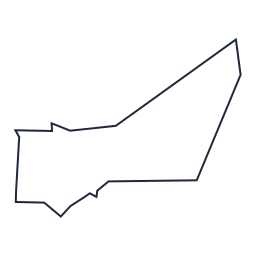 SVG path tracing the border of Adrar
{"feature_id": "MRT-2795", "entity_name": "Adrar", "entity_type": "Region", "adm_level": 1, "iso_a3": "MRT", "parent_name": "Mauritania", "parent_adm1": "", "projection": "albers", "projection_center": [-10.597, 21.416], "detail": "fine", "context": "isolated", "style": "outline", "palette": "slate", "viewbox_px": 256, "rotation_deg": 0, "n_neighbors": 0, "source": "natural_earth", "source_scale": "10m", "svg_char_len": 638}
<svg xmlns="http://www.w3.org/2000/svg" viewBox="0 0 256 256"><path d="M15.4,130.3L23.4,130.4L31.3,130.6L38.1,130.7L43.3,130.8L46.6,130.9L47.8,130.9L52.0,131.0L51.8,126.0L51.6,123.3L52.4,123.6L70.2,130.7L115.8,125.8L235.9,39.5L236.2,41.6L236.7,45.8L237.3,49.9L237.6,51.8L238.0,55.5L238.5,59.2L239.0,62.9L239.5,66.6L240.0,70.3L240.5,74.0L240.6,74.8L240.4,75.3L197.1,179.4L196.7,180.3L109.2,181.4L108.5,181.4L97.8,190.2L97.3,190.6L96.6,195.8L96.4,196.9L89.8,193.3L83.6,197.6L70.4,206.1L67.0,209.8L60.8,216.5L44.2,202.6L15.8,202.0L16.0,193.5L16.2,188.9L19.2,137.0L18.7,136.1L15.4,130.3Z" fill="none" stroke="#1e293b" stroke-width="2"/></svg>